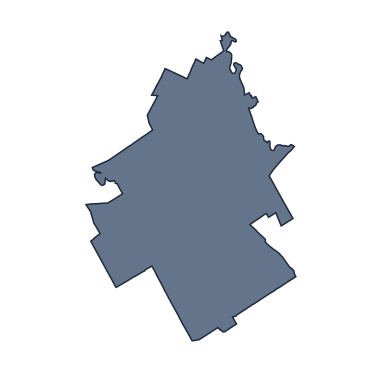 outline of Jebel, Timis, Romania, rotated 74°
{"feature_id": "2599482B60817854126326", "entity_name": "Jebel", "entity_type": "district", "adm_level": 2, "iso_a3": "ROU", "parent_name": "Romania", "parent_adm1": "Timis", "projection": "natural_earth1", "projection_center": [21.231, 45.54], "detail": "fine", "context": "isolated", "style": "filled", "palette": "slate", "viewbox_px": 384, "rotation_deg": 74, "n_neighbors": 0, "source": "geoboundaries", "source_scale": "gbopen_adm2", "svg_char_len": 5978}
<svg xmlns="http://www.w3.org/2000/svg" viewBox="0 0 384 384"><g transform="rotate(74 192 192)"><path d="M334.8,233.0L335.3,232.2L335.5,228.9L335.7,227.4L335.8,227.2L336.0,226.3L335.1,223.0L333.1,216.4L329.5,204.6L329.9,204.5L330.4,204.0L330.9,203.6L331.5,203.2L332.1,203.1L332.6,202.9L332.9,202.0L333.2,201.7L333.6,201.6L334.8,201.3L335.1,200.5L335.0,199.5L335.1,199.0L335.5,198.7L334.9,197.7L332.8,191.1L331.9,188.0L331.2,185.6L323.2,187.5L323.1,187.0L323.5,184.9L323.3,183.6L322.5,182.6L321.4,179.0L319.5,172.9L317.0,165.3L316.7,163.6L315.7,160.4L311.7,147.7L310.2,142.7L310.1,141.7L309.8,140.8L309.3,139.5L308.8,138.1L308.5,137.3L308.4,136.9L307.6,133.7L305.9,128.4L304.6,124.2L302.0,115.5L300.8,115.8L299.8,116.0L298.9,116.0L295.7,115.9L294.1,116.6L293.0,117.1L292.2,118.0L291.4,118.8L287.2,120.2L279.2,123.0L277.1,124.2L274.4,125.5L273.6,126.1L269.3,129.6L264.6,133.0L262.4,134.2L261.4,134.7L259.9,135.2L259.3,135.1L257.7,134.5L249.5,139.5L247.5,140.6L246.8,140.8L239.2,145.3L237.3,139.5L236.3,136.2L233.0,126.6L237.4,125.4L237.0,123.8L235.0,117.2L249.2,115.6L245.3,102.2L229.6,106.0L211.1,110.3L200.8,112.6L197.7,113.4L193.3,108.1L187.0,98.5L186.2,97.3L182.5,91.3L181.1,89.2L180.3,87.5L179.3,85.2L178.1,83.5L177.1,82.0L176.6,81.1L175.4,82.0L174.0,83.2L173.9,83.5L173.8,83.9L174.0,84.0L174.3,84.9L174.5,85.4L174.6,86.2L174.6,86.8L174.5,87.4L173.9,88.5L173.1,89.6L173.0,90.1L173.0,90.8L172.8,91.3L172.5,91.8L172.3,92.1L172.3,92.4L172.3,92.7L171.5,93.5L171.1,94.0L171.0,94.3L170.9,94.6L170.8,94.9L170.8,95.4L170.8,95.7L170.6,96.0L170.5,96.4L170.5,96.8L170.6,97.6L170.9,98.2L171.2,98.7L171.4,99.1L171.7,99.3L172.1,99.7L172.6,100.0L172.9,100.4L173.5,100.8L174.1,101.3L174.4,101.6L174.4,101.8L174.5,102.5L174.5,102.8L174.3,103.3L173.8,103.8L173.4,104.2L172.8,104.5L172.3,104.6L171.5,104.7L169.5,104.4L168.5,104.2L166.9,103.7L166.5,103.5L165.4,103.3L164.9,103.3L164.5,103.5L164.2,103.8L164.1,104.1L164.2,104.4L164.2,104.7L164.6,105.3L165.4,106.1L164.4,106.6L163.7,107.2L162.8,107.8L162.3,108.1L162.0,108.4L161.5,108.6L161.0,108.7L160.2,108.4L159.5,108.1L158.7,108.0L158.0,108.1L157.7,108.2L156.3,108.7L156.0,108.9L155.4,109.3L155.1,109.7L154.8,110.1L154.7,110.6L154.6,111.2L154.6,111.7L154.6,112.0L153.3,112.5L152.0,112.8L150.1,113.2L149.6,113.2L147.3,113.5L145.9,113.6L144.5,113.6L141.5,113.8L136.0,113.9L133.9,114.1L128.3,114.4L126.9,114.3L127.8,113.2L128.0,112.2L127.9,111.5L127.7,110.6L127.6,110.1L127.5,109.6L127.3,109.5L126.9,109.6L126.8,109.3L126.8,108.8L126.5,107.7L126.4,107.3L126.0,106.7L125.8,106.4L125.3,106.1L124.7,105.7L124.2,105.4L124.1,105.1L123.8,104.4L123.7,104.0L123.7,103.6L117.9,104.4L118.5,108.1L115.4,108.5L115.6,109.3L112.4,109.7L112.7,111.8L113.2,114.8L112.7,114.6L112.4,114.5L112.1,114.5L111.2,114.4L110.1,114.2L109.7,114.0L109.3,114.0L108.7,113.8L108.2,113.7L107.0,113.6L105.5,113.5L105.1,113.6L104.4,113.7L103.7,113.8L101.3,114.1L100.6,114.2L98.9,114.4L97.8,114.6L96.2,114.8L95.6,114.6L94.4,114.6L93.0,114.3L91.4,113.4L89.7,112.1L88.5,110.5L87.6,109.5L87.0,109.5L84.6,109.7L83.0,110.7L82.0,111.9L81.0,113.2L80.1,113.8L79.9,114.1L79.7,115.7L79.9,116.2L81.2,116.8L82.1,116.7L83.8,116.3L85.4,115.7L87.1,116.0L88.3,116.8L89.2,117.7L89.4,118.2L89.6,118.8L89.5,119.5L88.9,120.3L88.2,120.9L84.4,121.6L82.9,121.6L82.0,121.2L81.2,120.4L79.6,119.5L78.0,118.5L75.1,117.4L72.3,116.3L71.3,116.1L69.8,116.3L68.5,116.9L67.8,117.5L67.2,118.3L66.8,119.2L66.5,119.9L66.0,120.2L65.5,120.0L64.9,119.4L63.4,117.8L62.2,115.8L61.6,115.0L60.6,114.1L59.7,113.5L58.4,113.0L57.8,112.5L57.6,112.1L57.4,111.7L58.2,110.8L59.3,109.6L59.7,108.6L59.5,108.0L58.6,107.8L57.5,107.8L56.3,108.9L53.9,111.3L53.1,112.4L52.0,112.2L49.2,112.7L48.4,113.0L48.0,114.1L48.8,115.3L50.2,117.0L50.7,118.0L50.9,118.6L50.8,119.5L50.4,120.3L49.7,121.0L54.5,121.0L54.4,123.1L56.5,123.0L65.1,122.6L67.5,129.1L68.3,131.6L69.7,135.2L70.3,137.0L67.6,140.1L66.6,141.0L71.5,145.3L68.6,148.3L65.2,151.6L67.6,153.5L69.7,155.4L71.2,156.7L73.3,158.5L73.7,158.8L74.2,159.2L76.6,160.9L77.8,162.3L79.5,163.5L81.8,165.5L80.8,166.8L76.9,171.1L72.8,175.9L71.2,177.7L65.9,183.9L66.4,184.3L67.7,185.1L68.4,185.9L70.5,187.8L72.8,189.6L75.4,192.1L78.2,194.8L79.5,196.3L83.3,199.7L85.6,202.0L87.1,203.5L87.8,204.1L88.0,203.3L88.5,202.2L89.0,201.0L90.0,198.4L94.5,202.7L97.3,205.5L103.1,211.1L105.8,213.8L113.9,214.3L117.1,213.6L121.6,212.8L122.2,214.7L123.4,218.1L123.8,219.2L124.1,220.1L125.3,223.9L125.8,225.5L126.8,228.3L127.3,229.8L128.8,234.4L129.2,235.4L129.6,236.4L130.1,237.8L130.9,240.7L132.2,244.4L133.2,247.3L134.1,250.1L135.3,253.7L137.3,259.8L138.1,262.2L138.7,264.5L138.9,265.6L139.2,268.1L139.9,272.9L140.8,279.5L141.0,281.0L141.8,281.0L142.5,281.2L144.5,280.3L147.1,276.2L148.1,274.5L148.7,274.3L148.9,274.6L147.3,277.4L147.2,277.8L146.9,278.5L147.2,279.6L147.8,280.3L148.4,280.9L149.7,281.1L151.1,281.2L152.4,281.1L154.9,280.1L156.1,279.4L157.1,279.1L158.1,278.5L158.6,278.3L159.3,278.0L159.6,278.0L161.0,276.4L161.0,275.8L160.3,273.6L154.9,271.3L157.6,269.8L158.0,269.4L158.4,269.0L158.8,268.5L159.2,267.8L159.5,266.3L159.7,264.8L159.6,263.8L160.0,263.7L160.4,263.6L160.6,263.4L161.0,263.3L161.3,263.3L161.7,263.3L162.7,263.2L162.8,262.8L163.4,261.7L166.0,261.1L167.6,260.8L174.6,259.3L176.0,264.1L177.8,270.3L178.8,274.0L179.2,275.5L179.3,276.2L178.7,278.9L178.3,280.6L177.2,285.9L176.5,288.6L175.8,291.8L174.9,297.4L175.9,297.1L183.3,294.8L185.2,295.0L188.6,294.9L193.7,294.9L195.1,294.9L198.5,293.9L206.8,291.9L207.6,294.1L208.4,296.2L209.2,298.3L209.9,299.6L210.5,300.5L210.6,300.8L211.4,302.9L219.0,301.2L222.9,300.3L243.9,295.6L247.4,294.8L253.9,293.3L259.4,292.1L262.7,291.4L262.5,290.1L262.2,288.9L260.6,282.3L260.4,281.9L260.2,280.8L257.9,272.4L257.4,271.7L257.4,269.8L256.9,268.0L254.9,260.6L255.1,260.5L254.7,259.0L253.9,258.5L252.2,251.0L257.9,249.6L262.6,248.8L263.1,248.7L263.9,248.5L265.5,248.2L270.9,247.0L276.5,245.9L277.5,245.8L286.5,243.8L287.0,243.9L287.6,243.6L294.0,242.2L303.4,240.0L316.7,237.3L323.0,235.7L334.8,233.0Z" fill="#64748b" stroke="#1e293b" stroke-width="1.5"/></g></svg>